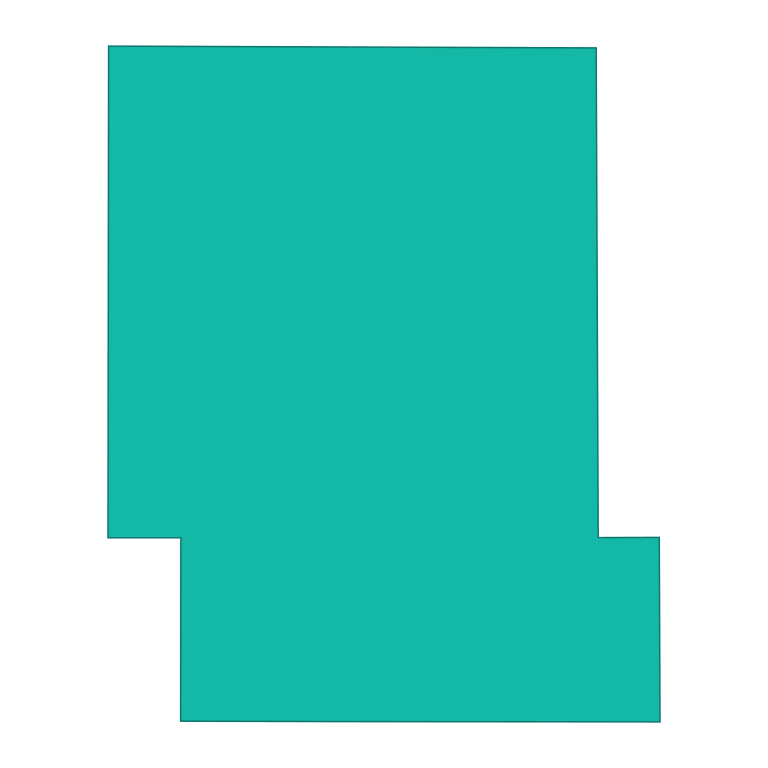 outline of Audubon, Iowa, United States of America
{"feature_id": "52423323B14166317178885", "entity_name": "Audubon", "entity_type": "district", "adm_level": 2, "iso_a3": "USA", "parent_name": "United States of America", "parent_adm1": "Iowa", "projection": "albers", "projection_center": [-94.918, 41.684], "detail": "fine", "context": "isolated", "style": "filled", "palette": "teal", "viewbox_px": 768, "rotation_deg": 0, "n_neighbors": 0, "source": "geoboundaries", "source_scale": "gbopen_adm2", "svg_char_len": 249}
<svg xmlns="http://www.w3.org/2000/svg" viewBox="0 0 768 768"><path d="M108.6,46.1L108.0,537.8L180.9,537.8L180.6,721.2L341.8,721.6L660.0,721.9L659.3,537.4L598.2,537.6L596.2,47.9L108.6,46.1Z" fill="#14b8a6" stroke="#0f766e" stroke-width="1.5"/></svg>